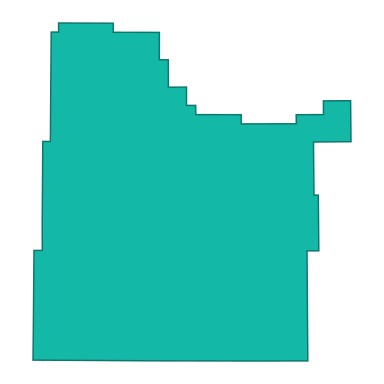 Custer, Montana, United States of America (orthographic projection)
{"feature_id": "52423323B6606867099089", "entity_name": "Custer", "entity_type": "district", "adm_level": 2, "iso_a3": "USA", "parent_name": "United States of America", "parent_adm1": "Montana", "projection": "orthographic", "projection_center": [-105.487, 46.324], "detail": "fine", "context": "isolated", "style": "filled", "palette": "teal", "viewbox_px": 384, "rotation_deg": 0, "n_neighbors": 0, "source": "geoboundaries", "source_scale": "gbopen_adm2", "svg_char_len": 588}
<svg xmlns="http://www.w3.org/2000/svg" viewBox="0 0 384 384"><path d="M298.4,360.9L307.8,360.9L307.0,250.9L318.8,250.8L318.3,195.1L314.0,195.2L313.5,142.0L351.0,141.7L350.6,100.7L323.4,100.9L323.5,114.6L296.2,114.7L296.3,123.8L241.2,123.9L241.2,114.7L195.8,114.6L195.7,105.4L186.5,105.4L186.5,87.1L168.4,87.2L168.3,59.8L159.3,59.8L159.4,32.4L113.2,32.3L113.2,23.2L58.6,23.0L58.6,27.6L58.6,32.1L51.2,32.1L50.7,97.1L50.4,141.5L42.8,141.4L42.2,223.0L42.3,250.4L34.0,250.4L33.3,332.4L33.0,360.1L149.9,360.8L260.2,361.0L298.4,360.9Z" fill="#14b8a6" stroke="#0f766e" stroke-width="1.5"/></svg>